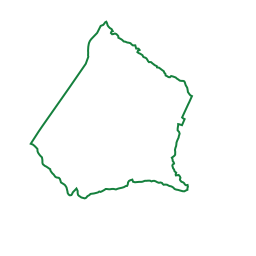 outline of Passagem Franca, Maranhão, Brazil, rotated 116°
{"feature_id": "56859067B615678742471", "entity_name": "Passagem Franca", "entity_type": "district", "adm_level": 2, "iso_a3": "BRA", "parent_name": "Brazil", "parent_adm1": "Maranhão", "projection": "albers", "projection_center": [-43.757, -6.116], "detail": "fine", "context": "isolated", "style": "outline", "palette": "green", "viewbox_px": 256, "rotation_deg": 116, "n_neighbors": 0, "source": "geoboundaries", "source_scale": "gbopen_adm2", "svg_char_len": 3212}
<svg xmlns="http://www.w3.org/2000/svg" viewBox="0 0 256 256"><g transform="rotate(116 128 128)"><path d="M71.3,84.5L71.3,86.1L70.9,87.2L69.4,89.9L67.9,90.9L67.0,91.6L66.0,92.3L65.0,93.7L64.4,94.7L63.3,95.8L62.1,96.9L61.4,97.9L61.5,99.0L62.4,101.1L62.7,102.3L62.3,104.3L62.2,105.6L61.7,107.3L62.0,110.2L62.4,112.0L64.0,112.6L64.5,113.9L64.3,115.6L64.3,117.2L62.8,118.3L62.5,119.5L61.3,120.7L61.0,122.5L60.6,124.5L60.2,126.5L60.8,128.5L59.8,129.2L59.8,130.4L59.8,131.8L59.4,133.1L59.3,134.2L58.7,135.9L59.0,137.0L59.6,138.0L59.1,139.3L58.3,140.4L57.4,141.9L57.2,143.1L57.4,144.4L57.3,145.6L56.2,146.9L55.9,149.5L56.0,151.2L55.7,152.8L54.3,152.9L52.8,151.8L52.1,153.3L53.0,155.5L52.1,156.3L50.5,157.7L51.6,159.8L51.3,161.4L50.7,162.9L51.0,164.7L51.5,166.1L51.6,168.2L52.1,169.8L51.4,171.7L51.2,173.1L51.1,174.6L51.1,176.2L49.7,177.0L49.2,178.1L48.7,179.6L48.8,181.2L49.9,182.2L50.7,183.4L50.1,185.0L48.4,185.1L47.6,184.2L46.3,186.1L46.1,188.2L45.3,190.3L44.6,191.4L43.0,192.8L42.0,194.1L42.9,194.8L44.1,195.0L46.1,195.4L48.2,197.3L56.1,197.4L62.6,199.5L64.6,200.1L66.6,200.4L68.7,200.3L70.0,200.0L72.4,199.3L76.2,197.7L77.6,196.9L78.7,196.4L80.3,195.7L81.4,194.9L88.8,194.1L117.2,198.4L164.4,205.9L170.6,206.8L184.8,208.5L184.6,206.2L185.1,204.1L185.8,202.1L186.5,200.3L188.7,199.0L189.8,197.7L190.8,195.9L191.4,194.6L192.1,192.5L193.7,191.3L194.7,190.7L196.9,189.6L197.9,188.6L198.5,186.2L198.5,184.4L198.8,182.4L199.0,181.2L199.1,179.9L200.2,179.1L201.0,177.9L202.0,175.9L202.3,174.6L203.7,172.0L203.8,170.6L203.1,168.3L203.7,166.8L205.4,165.2L206.3,164.4L206.7,160.7L207.0,159.5L207.7,158.3L208.4,157.2L211.8,154.4L212.8,153.8L213.9,152.1L214.0,150.7L213.1,149.5L211.5,149.3L210.1,149.4L208.5,148.9L207.0,148.4L205.0,147.8L206.6,145.7L208.6,144.7L210.0,143.6L210.5,142.3L210.6,141.2L210.9,139.5L210.2,136.0L209.0,135.0L207.1,134.6L205.2,133.3L203.7,132.8L202.8,131.5L201.9,130.1L201.1,129.1L200.0,127.8L199.0,126.7L197.7,126.0L197.5,124.7L196.2,123.6L194.2,122.2L192.6,121.3L192.1,120.2L191.5,118.5L191.0,117.4L189.8,115.7L189.1,114.3L188.5,111.9L187.3,110.8L186.2,109.6L184.4,107.3L182.9,105.7L181.2,104.6L180.4,103.4L178.7,103.5L176.9,104.1L175.2,103.9L174.0,103.1L172.5,101.5L174.1,99.9L173.7,97.9L172.4,95.8L171.6,94.5L170.7,92.6L169.8,91.3L168.9,90.5L168.1,89.7L167.4,88.3L166.5,86.8L165.7,85.2L165.7,83.5L164.7,82.5L164.0,81.3L163.8,79.9L163.9,77.9L163.7,76.2L162.7,74.9L162.5,73.4L163.1,72.3L163.4,71.1L162.7,70.1L161.9,68.2L162.0,65.4L161.6,64.0L161.5,62.9L161.7,61.1L162.4,59.4L162.2,57.6L161.7,55.9L161.3,53.5L160.8,51.0L160.2,49.6L158.8,48.6L157.5,47.5L156.0,48.2L154.5,48.4L153.1,49.5L154.0,50.6L153.8,52.2L153.0,53.3L152.7,54.7L152.9,56.4L152.1,58.2L151.3,58.9L149.8,59.0L148.8,60.1L148.0,61.9L149.0,63.2L149.6,64.2L148.7,64.9L147.0,65.1L146.5,67.2L145.1,68.4L144.5,69.7L142.5,71.6L141.2,71.8L139.8,71.0L138.8,71.9L138.0,73.4L136.5,74.3L135.5,75.6L132.8,74.2L131.4,73.9L128.7,75.1L127.1,76.2L124.8,76.7L123.3,76.8L121.7,77.3L119.9,78.0L118.2,78.2L116.2,78.3L114.5,78.3L113.2,78.7L110.5,79.1L109.2,80.3L108.3,82.4L106.5,83.2L104.9,83.7L103.8,84.0L102.5,84.6L102.2,83.5L101.8,80.7L95.2,81.0L95.2,82.5L94.8,84.0L80.4,84.3L77.8,84.3L71.3,84.5Z" fill="none" stroke="#15803d" stroke-width="2"/></g></svg>